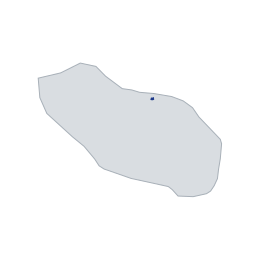 23, Ad Dawhah, Qatar shown in context, rotated 294°
{"feature_id": "91078587B28752145715053", "entity_name": "23", "entity_type": "district", "adm_level": 2, "iso_a3": "QAT", "parent_name": "Qatar", "parent_adm1": "Ad Dawhah", "projection": "robinson", "projection_center": [51.511, 25.278], "detail": "fine", "context": "in_parent", "style": "filled", "palette": "blue", "viewbox_px": 256, "rotation_deg": 294, "n_neighbors": 0, "source": "geoboundaries", "source_scale": "gbopen_adm2", "svg_char_len": 753}
<svg xmlns="http://www.w3.org/2000/svg" viewBox="0 0 256 256"><g transform="rotate(294 128 128)"><path d="M137.5,224.8L127.5,227.4L118.1,230.3L110.3,230.2L104.0,229.1L99.9,226.4L91.8,215.5L86.2,201.4L89.7,193.5L90.9,188.6L83.2,151.4L80.8,122.8L81.7,117.0L86.1,110.2L93.4,95.3L97.3,81.0L108.3,47.9L119.9,35.1L137.0,25.7L150.9,44.0L167.9,58.0L171.2,73.7L166.2,86.4L161.6,106.7L164.3,116.0L165.3,124.0L170.0,137.6L174.5,155.2L175.2,167.4L172.8,178.7L166.9,188.3L155.2,216.9L151.7,219.9L137.5,224.8Z" fill="#d9dde1" stroke="#a8b0b8" stroke-width="1"/><path d="M163.6,137.6L163.8,138.4L164.0,138.8L164.3,139.2L164.6,139.5L165.6,138.9L165.2,138.5L164.9,138.0L164.8,137.5L164.7,137.4L163.6,137.6Z" fill="#3b82f6" stroke="#1e3a8a" stroke-width="1.5"/></g></svg>